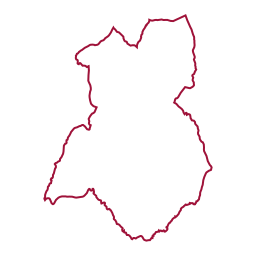 Amagá, Antioquia, Colombia (Equal Earth projection)
{"feature_id": "7082276B93936498493280", "entity_name": "Amagá", "entity_type": "district", "adm_level": 2, "iso_a3": "COL", "parent_name": "Colombia", "parent_adm1": "Antioquia", "projection": "equal_earth", "projection_center": [-75.71, 6.034], "detail": "fine", "context": "isolated", "style": "outline", "palette": "rose", "viewbox_px": 256, "rotation_deg": 0, "n_neighbors": 0, "source": "geoboundaries", "source_scale": "gbopen_adm2", "svg_char_len": 5753}
<svg xmlns="http://www.w3.org/2000/svg" viewBox="0 0 256 256"><path d="M45.0,200.1L45.9,199.0L46.7,198.5L48.0,198.2L49.2,198.4L49.8,199.0L50.1,199.6L51.6,203.2L52.7,204.1L53.2,204.1L53.7,203.8L54.2,203.2L56.0,199.9L58.4,197.7L60.0,196.9L62.0,196.4L65.6,196.4L67.1,196.7L69.4,196.6L72.2,196.7L75.2,197.5L76.5,197.6L82.6,196.7L83.6,196.3L84.8,195.3L86.9,193.0L88.1,190.2L88.7,189.3L89.2,188.9L89.7,189.0L90.3,190.1L90.6,190.4L91.1,190.6L92.0,190.5L92.3,190.3L92.6,188.9L93.2,188.9L93.6,189.7L94.0,191.8L94.0,192.3L93.5,193.1L93.7,193.7L96.2,195.8L96.4,197.2L98.1,199.3L98.7,199.8L100.8,200.4L101.1,201.0L101.2,202.8L101.4,203.5L101.6,203.5L103.4,202.7L104.1,202.5L104.6,202.6L104.9,202.9L105.0,203.4L104.6,204.8L104.7,205.2L106.5,206.7L106.6,207.9L106.8,208.7L107.1,209.1L107.7,209.4L109.2,208.9L109.9,209.4L110.4,210.2L110.8,210.3L112.3,213.0L113.1,215.3L113.8,216.4L114.0,217.4L113.8,218.5L113.9,219.1L115.5,220.5L116.0,221.7L116.4,222.2L116.7,223.7L116.9,224.0L118.6,224.3L119.8,225.3L120.7,226.5L122.5,228.0L122.7,228.6L122.2,229.4L122.2,230.0L122.6,231.2L123.0,231.4L124.0,230.6L124.2,232.3L124.4,232.5L125.8,232.6L126.1,232.9L126.5,234.4L126.9,235.0L128.4,235.0L129.4,235.6L130.5,236.9L131.6,238.9L132.2,239.2L133.4,238.0L134.4,238.0L135.8,238.5L136.8,237.7L139.7,236.3L140.6,236.0L141.0,236.0L141.6,236.2L142.4,237.0L143.6,239.1L144.3,239.9L146.3,240.6L149.0,240.1L150.0,240.1L151.5,238.0L152.5,238.1L152.6,237.7L152.4,236.2L152.7,235.9L153.5,235.9L153.5,235.5L153.4,235.1L153.6,234.5L154.7,234.1L155.9,232.1L158.2,231.7L158.8,230.5L159.5,231.4L160.3,230.6L161.0,230.6L161.9,231.2L162.4,231.2L163.5,230.4L164.1,230.6L164.5,231.6L165.4,231.5L166.9,230.1L167.4,229.3L167.4,228.5L167.2,228.1L166.5,227.6L166.4,227.2L166.6,227.0L167.4,226.9L167.7,225.7L168.8,223.5L169.5,222.8L170.2,222.6L170.7,221.5L171.8,220.6L172.2,219.6L172.8,218.8L174.2,217.7L175.3,217.4L175.5,217.2L175.3,216.4L176.3,216.5L176.6,216.3L178.6,214.0L179.4,212.0L180.9,209.9L180.9,208.8L181.6,207.9L183.6,206.6L183.9,206.1L184.8,205.5L185.5,204.6L185.8,204.5L186.7,205.0L187.0,204.9L189.7,204.0L189.6,203.2L189.8,202.9L190.7,203.2L192.5,203.1L192.8,203.2L193.4,204.1L194.0,204.3L194.9,204.3L195.1,204.2L195.3,203.3L195.8,203.1L196.4,201.3L197.4,201.2L198.2,200.0L198.8,199.6L199.0,199.3L199.3,197.1L200.1,195.0L200.1,193.5L200.3,192.1L201.4,189.4L201.9,187.1L202.7,184.8L203.3,180.2L204.3,177.0L205.9,173.3L206.5,172.4L208.8,170.8L211.0,169.9L211.6,167.4L211.1,166.3L209.8,164.9L207.8,161.1L206.5,156.0L204.1,151.1L203.9,149.4L204.0,147.5L203.8,144.4L202.8,142.3L201.5,141.7L200.0,139.5L199.7,138.3L199.6,136.7L198.1,134.1L198.0,132.6L198.5,130.6L198.2,129.3L197.9,128.8L197.6,126.5L195.5,124.2L195.2,123.7L195.0,122.0L193.9,120.7L191.8,120.3L191.2,119.0L190.7,118.5L190.2,115.2L189.8,114.6L189.3,114.3L188.3,114.1L186.9,114.8L186.7,113.2L186.5,112.9L186.2,112.8L185.8,113.0L184.6,114.2L183.6,112.6L183.1,110.7L181.8,109.0L179.6,107.2L178.7,106.6L176.4,103.9L174.2,102.6L174.5,102.1L175.1,99.6L175.3,99.1L176.0,98.4L177.1,98.2L178.1,97.3L180.7,92.8L185.1,87.1L189.3,88.1L190.3,88.1L192.6,86.8L193.7,85.7L194.0,85.1L193.8,83.5L193.8,82.4L192.7,80.5L192.7,79.3L193.2,77.8L193.2,77.4L192.4,76.1L192.3,75.7L192.6,74.9L194.2,73.8L194.5,72.6L194.8,72.2L194.9,71.4L195.6,70.6L196.2,69.4L195.6,68.4L195.6,66.7L195.2,65.7L195.3,63.6L195.2,63.0L193.9,59.6L194.2,58.7L194.7,57.8L194.7,56.6L193.2,52.5L192.9,51.0L192.9,50.2L194.3,47.1L194.6,45.1L194.4,42.7L194.4,40.5L194.1,39.3L194.2,37.9L194.0,36.6L193.6,35.9L192.8,33.8L191.5,29.4L190.3,27.1L187.3,20.3L185.5,15.4L173.2,21.1L170.5,20.9L167.3,19.9L163.5,20.0L161.6,19.5L157.5,20.1L156.2,19.9L155.0,20.0L152.6,20.6L151.0,20.5L149.3,19.8L149.3,20.9L148.7,22.5L147.0,24.2L146.9,24.7L146.5,25.2L146.4,24.9L145.8,25.5L145.6,26.6L145.2,26.9L144.7,28.1L143.5,29.7L142.7,31.4L142.4,32.1L142.4,33.7L141.3,35.1L141.3,35.8L141.0,36.5L141.2,37.4L141.0,38.1L140.0,40.6L138.4,42.0L137.5,43.7L137.0,45.3L136.9,47.2L135.5,45.9L134.5,45.3L132.8,45.2L130.5,45.6L127.4,43.6L126.9,42.1L126.5,41.7L125.1,41.3L124.4,40.6L123.5,38.4L123.4,36.8L123.1,36.4L119.0,32.4L116.9,31.8L115.4,29.7L113.6,28.0L113.4,27.6L112.3,29.5L110.9,32.5L109.0,35.3L108.0,36.3L105.1,38.3L104.6,39.1L103.5,40.2L101.3,41.0L100.5,41.6L98.4,44.2L97.2,44.8L94.9,45.2L94.1,44.8L92.3,44.6L90.3,44.8L89.5,45.2L88.2,46.1L84.8,47.8L81.8,50.1L80.6,50.7L79.6,51.6L79.1,51.8L78.5,52.7L77.6,53.6L76.9,53.8L76.4,55.1L75.9,55.7L76.0,56.4L75.8,58.0L76.0,58.9L76.4,59.5L77.4,59.9L77.7,60.4L77.8,61.2L77.6,63.4L78.0,63.9L78.8,64.2L79.7,63.1L80.2,63.1L80.6,63.4L82.6,65.7L83.6,65.6L85.2,65.8L85.7,66.0L86.5,66.8L87.0,67.1L87.6,66.9L88.3,66.2L88.6,66.1L88.9,70.4L88.5,75.1L88.3,80.6L88.6,81.6L90.3,85.3L90.8,87.9L90.8,89.7L90.1,91.7L89.5,95.7L89.6,97.4L90.1,100.4L91.0,103.6L91.5,104.3L93.5,106.2L96.6,107.3L94.6,112.0L93.4,113.1L92.3,113.5L91.6,114.2L90.1,116.2L88.7,118.8L88.8,119.6L89.3,121.2L88.9,123.2L89.0,123.5L89.2,124.1L89.7,124.8L90.7,125.2L89.7,128.4L89.6,129.3L89.3,129.6L88.8,129.7L87.1,129.2L85.0,126.5L84.3,125.9L83.1,125.0L82.2,125.0L80.4,126.0L79.5,126.1L77.1,127.3L74.9,127.9L74.0,128.5L71.0,132.1L70.6,133.2L69.3,135.7L68.2,137.1L67.9,137.7L67.6,139.5L67.4,139.8L66.6,140.1L66.5,140.4L66.4,141.4L66.6,142.7L66.3,143.3L65.6,143.7L65.2,143.7L64.2,145.1L63.9,145.7L63.5,151.6L63.1,153.7L61.5,157.1L60.1,158.9L59.9,160.6L59.6,161.0L58.1,161.6L56.9,162.7L55.6,163.1L54.8,163.9L54.8,164.2L55.7,165.4L55.9,166.1L55.9,167.2L55.7,167.8L55.2,168.3L55.0,168.8L53.8,173.5L53.0,174.9L52.9,177.0L52.6,177.7L52.3,178.1L51.5,178.2L50.8,179.3L50.9,180.0L51.5,180.3L51.6,180.6L51.3,181.5L51.0,183.2L49.9,183.5L49.4,184.2L49.0,185.8L48.1,186.5L47.9,187.0L47.8,188.7L47.4,190.0L46.4,191.3L45.7,193.1L45.1,195.0L45.1,197.1L44.4,198.3L44.4,198.8L45.0,200.1Z" fill="none" stroke="#9f1239" stroke-width="2"/></svg>